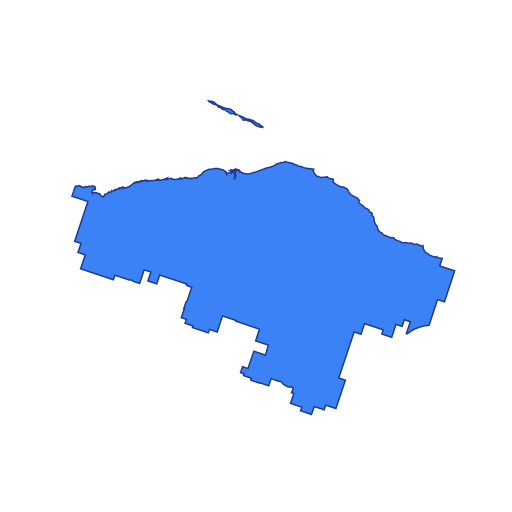 Carnarvon, Western Australia, Australia (orthographic projection), rotated 108°
{"feature_id": "25037944B73025640718230", "entity_name": "Carnarvon", "entity_type": "district", "adm_level": 2, "iso_a3": "AUS", "parent_name": "Australia", "parent_adm1": "Western Australia", "projection": "orthographic", "projection_center": [113.812, -24.467], "detail": "fine", "context": "isolated", "style": "filled", "palette": "blue", "viewbox_px": 512, "rotation_deg": 108, "n_neighbors": 0, "source": "geoboundaries", "source_scale": "gbopen_adm2", "svg_char_len": 6128}
<svg xmlns="http://www.w3.org/2000/svg" viewBox="0 0 512 512"><g transform="rotate(108 256 256)"><path d="M283.4,88.2L279.0,84.9L276.4,82.5L273.4,78.8L270.9,75.3L268.4,70.0L241.3,69.9L241.3,62.6L208.7,62.5L208.7,78.2L200.7,78.2L201.5,81.6L201.3,83.6L200.8,84.0L201.8,86.0L201.6,91.5L201.0,92.5L200.0,96.2L199.6,96.9L197.6,98.9L194.5,100.5L195.6,101.7L195.6,103.0L195.1,103.4L195.3,104.2L195.0,104.9L195.1,106.1L194.9,107.1L195.7,108.1L196.0,109.1L196.1,110.0L195.6,111.8L196.9,115.8L197.0,118.0L197.8,119.4L198.1,120.8L198.0,122.6L197.6,123.7L197.8,124.6L197.4,128.8L197.2,129.4L196.5,129.8L196.3,130.4L196.2,131.8L196.8,133.1L197.0,134.6L196.3,142.1L195.1,143.6L194.9,145.9L193.8,147.6L192.1,149.0L190.9,149.5L188.2,153.0L185.4,154.8L182.9,155.8L181.4,158.1L180.5,158.6L179.8,158.6L179.0,159.4L179.1,161.3L177.2,163.2L176.6,166.4L176.7,167.3L175.4,169.3L175.1,169.9L175.3,170.4L174.1,173.4L172.8,175.0L171.9,175.2L171.3,174.8L169.9,177.0L169.2,178.7L169.3,179.8L168.5,184.4L166.7,187.4L165.1,188.8L163.9,190.4L164.0,191.8L163.4,193.5L164.0,198.2L162.7,203.6L161.5,205.8L160.8,205.6L159.7,205.8L158.9,207.0L159.5,208.5L159.5,211.4L158.6,212.5L161.1,217.9L161.3,219.0L161.2,223.0L159.7,225.7L157.6,227.9L155.6,227.9L157.3,237.1L157.0,240.3L157.4,243.9L156.9,245.3L157.0,248.0L156.6,249.6L157.4,258.0L158.7,258.8L159.6,261.6L160.5,262.3L161.9,264.7L164.3,266.4L166.2,268.5L169.2,273.4L175.3,281.0L180.2,288.1L181.1,291.2L181.2,294.1L180.9,296.4L180.1,298.0L180.5,297.7L179.9,300.1L179.9,298.5L180.2,298.3L179.8,298.3L180.0,298.0L179.7,298.2L179.7,299.5L179.4,299.5L179.6,301.1L179.7,300.6L179.9,301.3L181.0,301.2L181.0,301.7L182.7,301.8L185.8,300.0L188.3,300.4L189.0,300.2L188.8,300.7L186.2,300.8L184.7,301.5L184.2,302.2L182.9,302.6L182.4,303.5L183.1,304.0L183.6,303.8L183.3,305.0L182.7,305.8L183.1,306.7L183.2,305.6L183.3,306.5L183.6,305.8L184.6,305.4L184.4,305.7L185.0,306.1L185.9,308.8L186.8,309.3L187.4,309.2L187.0,309.6L186.2,309.7L186.2,310.4L185.6,310.4L185.7,310.9L185.1,311.2L184.3,313.6L184.6,319.5L185.6,322.4L186.9,324.4L188.0,327.4L190.9,330.7L192.8,332.3L195.5,333.1L197.6,335.3L199.0,335.6L200.5,337.4L200.4,338.1L201.8,340.4L201.9,341.3L202.2,341.8L202.6,341.7L202.9,342.5L202.6,342.8L203.7,347.1L203.5,347.4L203.1,346.9L203.2,347.9L206.2,350.9L205.5,350.6L206.1,351.8L205.9,352.0L204.6,351.2L207.4,354.7L208.2,356.3L208.4,358.0L208.8,358.7L208.5,359.6L208.6,360.5L208.3,360.2L208.2,360.5L209.6,363.0L210.6,363.7L210.0,364.3L210.6,365.1L209.4,364.7L211.8,367.4L212.2,368.5L213.7,370.3L213.6,370.6L214.2,372.5L213.4,372.0L213.3,372.8L213.2,371.7L213.1,372.5L212.7,372.3L214.2,374.2L214.8,374.4L214.7,374.7L215.9,376.8L216.5,378.7L218.7,382.6L218.7,383.8L218.2,382.3L217.9,382.8L217.9,382.1L217.7,382.1L217.8,382.9L218.2,382.9L218.5,385.5L219.2,386.5L219.0,385.5L219.4,386.3L221.1,388.6L219.5,386.9L219.6,387.5L221.1,389.0L220.1,388.6L220.0,388.8L221.6,390.4L221.4,390.1L221.8,390.2L221.2,389.4L221.5,389.4L223.8,393.6L224.6,394.4L223.3,393.5L223.2,393.9L229.0,397.8L231.9,401.5L231.3,401.2L232.2,402.4L231.4,403.2L232.2,403.9L231.8,403.9L231.9,404.6L233.3,405.6L232.8,405.5L233.4,406.5L233.9,406.3L234.7,407.5L234.1,407.5L233.3,406.6L233.5,407.2L235.3,408.4L236.6,410.4L237.0,410.5L236.5,410.1L236.8,409.9L237.4,410.5L237.7,411.2L237.0,411.1L239.9,413.7L239.6,413.8L240.1,413.9L241.0,415.8L240.8,415.9L243.1,416.9L243.4,417.5L243.0,417.8L243.7,417.7L243.6,418.5L245.0,419.1L246.4,419.1L247.2,419.9L247.0,420.9L245.2,424.0L245.1,425.5L245.4,426.8L245.1,427.7L245.6,428.6L245.7,429.7L246.2,430.9L247.0,430.8L246.1,431.7L244.9,432.0L243.5,431.3L242.7,431.4L242.9,429.8L242.1,429.3L240.0,430.4L239.7,431.0L239.9,432.7L240.4,433.3L240.0,433.5L241.2,434.8L241.2,436.5L242.6,437.9L242.5,439.4L244.1,441.0L244.1,441.5L244.3,441.2L244.4,442.8L243.7,444.9L244.2,446.2L243.9,446.4L245.0,447.5L244.9,448.5L245.7,449.4L246.2,449.4L256.0,449.5L256.1,432.7L298.1,433.0L298.1,426.3L307.6,426.4L307.7,418.7L322.4,418.9L322.7,384.3L317.9,384.3L318.0,368.9L317.5,368.0L317.5,365.9L318.0,364.4L318.1,358.2L303.7,358.1L303.7,351.0L313.1,351.1L313.2,341.8L303.9,341.7L304.0,313.8L304.4,313.8L304.4,313.3L304.9,313.3L305.1,312.2L305.5,312.2L305.6,307.5L321.2,307.6L321.2,308.3L328.3,308.4L328.3,307.9L337.7,308.0L337.8,302.6L341.9,302.7L342.0,294.3L343.7,294.3L343.8,277.6L340.2,277.5L340.3,269.4L323.4,269.4L323.5,255.1L324.2,255.1L324.5,230.1L336.9,230.1L336.9,216.8L347.3,216.4L347.2,228.6L365.5,228.9L365.4,234.6L371.7,234.6L371.8,230.9L373.6,231.0L373.7,222.6L375.7,222.6L375.8,213.2L375.4,213.2L375.5,203.8L367.9,203.7L368.0,198.6L368.3,197.2L368.0,196.9L368.0,194.9L367.7,194.0L368.1,192.7L369.6,190.1L370.6,185.4L369.5,180.4L370.3,179.8L375.1,179.9L375.1,177.5L385.5,177.7L385.6,165.7L389.4,165.8L389.6,154.3L381.2,154.1L381.1,143.9L382.0,143.7L376.3,143.6L376.4,132.9L346.5,132.6L346.4,139.6L297.9,139.2L298.0,131.9L286.8,131.9L286.9,112.3L291.3,112.3L291.4,101.8L277.8,101.8L277.8,95.3L270.8,95.3L270.9,88.9L283.4,89.0L283.4,88.2ZM125.9,338.2L125.8,335.9L126.6,334.0L126.9,332.4L126.6,332.1L126.7,329.9L127.5,328.4L127.6,326.2L128.5,324.5L127.6,321.3L127.3,321.2L128.1,319.0L128.0,318.5L127.6,318.3L127.4,316.7L127.2,319.5L125.7,321.4L125.6,322.6L124.5,324.5L124.6,325.4L124.3,325.7L125.0,331.6L124.3,339.8L122.4,344.3L123.2,349.1L123.7,348.5L123.9,346.2L124.5,345.0L124.7,343.1L124.4,342.2L124.7,340.9L124.7,339.3L125.2,338.5L125.9,338.2ZM128.2,305.2L128.7,308.0L128.0,310.5L127.5,316.1L128.5,314.3L128.4,313.5L129.0,312.7L129.0,312.1L130.7,310.1L130.7,309.3L130.0,309.1L129.8,308.5L129.9,304.6L129.4,302.7L130.3,301.3L130.5,300.4L130.3,300.2L131.6,297.7L132.2,295.0L132.0,293.5L132.3,292.4L131.7,290.6L131.6,289.3L131.0,289.6L130.7,291.2L129.6,293.5L129.4,297.0L128.3,299.6L128.1,301.4L128.2,305.2ZM182.1,305.6L181.7,304.9L182.3,305.2L181.9,304.2L182.3,303.6L182.4,302.5L180.8,302.5L180.5,302.8L180.8,303.3L179.9,302.6L181.4,304.3L181.8,306.1L182.1,305.6ZM182.2,304.6L182.8,304.8L183.4,304.3L182.5,303.7L182.0,304.2L182.2,304.6ZM222.8,392.6L222.8,392.1L222.4,391.5L222.2,391.7L222.0,391.1L221.9,391.7L222.8,392.6ZM180.8,301.8L179.6,301.8L179.5,302.2L180.8,301.8Z" fill="#3b82f6" stroke="#1e3a8a" stroke-width="1.5"/></g></svg>